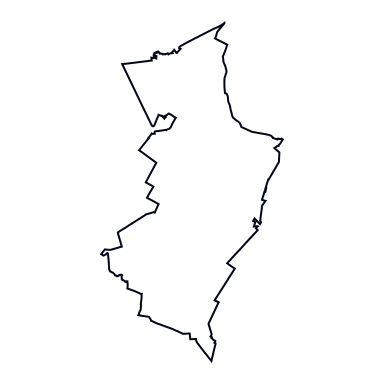 outline of San Nicolás Buenos Aires, Puebla, Mexico
{"feature_id": "50627088B47100083140695", "entity_name": "San Nicolás Buenos Aires", "entity_type": "district", "adm_level": 2, "iso_a3": "MEX", "parent_name": "Mexico", "parent_adm1": "Puebla", "projection": "natural_earth1", "projection_center": [-97.501, 19.221], "detail": "fine", "context": "isolated", "style": "outline", "palette": "ink", "viewbox_px": 384, "rotation_deg": 0, "n_neighbors": 0, "source": "geoboundaries", "source_scale": "gbopen_adm2", "svg_char_len": 5782}
<svg xmlns="http://www.w3.org/2000/svg" viewBox="0 0 384 384"><path d="M211.4,361.0L212.4,356.7L212.7,355.9L212.8,355.4L213.2,353.5L214.6,347.5L215.2,345.5L215.4,344.6L215.5,344.1L215.5,343.6L215.3,343.6L214.4,342.8L214.7,342.2L215.3,341.0L213.3,339.7L211.5,338.1L211.9,337.3L210.5,336.5L211.7,334.5L208.5,323.8L217.6,304.4L218.1,303.3L218.7,302.3L214.6,300.3L226.7,281.4L228.1,279.1L232.4,272.4L234.8,268.6L230.9,266.0L227.2,263.3L228.9,261.3L231.3,258.8L231.9,258.0L233.4,256.5L233.9,255.9L234.4,255.4L236.7,252.9L238.4,251.0L238.9,250.6L246.4,242.3L248.6,239.9L248.6,240.0L252.7,235.5L253.4,234.8L255.8,232.2L257.7,230.1L256.0,228.3L257.9,226.3L257.7,226.2L254.9,226.4L253.9,226.5L255.3,222.1L253.1,221.0L254.6,218.5L260.0,224.1L261.1,222.3L260.2,220.7L260.3,220.2L260.3,219.9L261.6,209.8L261.8,208.8L261.8,208.1L261.9,207.6L261.9,206.7L262.1,205.8L262.0,205.7L262.6,204.9L265.5,200.9L262.0,199.8L262.5,198.1L263.2,196.1L263.4,195.6L263.5,195.2L263.6,194.9L263.7,194.3L264.0,193.1L264.3,192.1L264.5,191.6L264.8,191.8L265.2,192.0L265.3,191.7L265.5,191.4L265.5,191.0L265.6,190.8L265.4,190.3L265.4,190.0L265.2,189.5L265.4,188.9L265.9,189.2L266.0,188.9L265.6,188.7L266.1,187.9L265.7,187.7L265.9,187.1L266.5,185.3L266.6,184.7L266.9,183.8L268.2,179.7L268.4,179.8L268.5,179.8L277.1,165.1L277.4,164.6L278.9,162.0L279.1,158.3L279.3,154.2L279.4,153.9L279.3,153.3L279.3,152.9L279.4,152.4L276.1,149.6L274.4,148.0L276.1,147.0L277.1,146.1L278.6,145.9L278.6,145.2L280.2,143.6L282.8,139.5L281.6,138.5L280.6,139.1L280.1,139.0L279.7,138.9L279.2,139.0L278.6,138.6L277.7,138.7L277.4,138.9L277.3,139.4L272.9,138.0L272.8,137.3L272.1,136.9L271.5,136.0L270.6,135.6L269.6,135.2L268.6,134.9L267.7,134.7L266.5,134.4L251.9,131.8L241.4,127.0L240.9,125.7L240.4,124.3L239.7,123.0L238.6,121.9L236.5,120.5L232.9,117.5L232.1,115.6L231.8,113.9L231.2,111.9L230.7,110.0L230.5,108.6L229.7,104.9L228.6,102.6L228.2,100.9L227.8,96.4L226.9,94.1L226.3,93.5L225.1,93.3L224.9,92.4L224.4,86.5L224.4,80.5L224.5,78.2L226.4,72.3L226.5,71.1L226.2,69.7L225.9,68.3L225.3,66.2L224.6,64.7L223.8,62.9L223.4,61.3L223.2,58.6L222.8,56.4L223.6,54.8L224.7,52.0L225.8,49.2L226.4,47.3L226.8,45.8L227.3,44.7L214.9,38.4L215.8,36.9L216.5,34.5L216.9,33.0L217.2,32.0L217.7,31.3L218.6,30.2L219.9,28.7L221.1,27.3L221.7,26.5L223.0,25.1L224.3,23.3L224.3,23.0L222.3,24.6L220.1,25.9L217.8,27.2L217.7,27.2L215.3,28.1L214.1,28.7L213.7,28.8L201.0,35.3L196.6,37.6L194.6,38.5L191.5,40.2L189.1,41.4L184.7,43.8L180.7,46.0L179.3,47.1L179.1,48.1L180.5,48.9L176.7,53.0L176.3,52.8L175.0,50.8L174.2,49.7L172.2,52.2L172.6,53.1L170.3,53.3L168.4,54.4L167.7,53.3L165.5,54.3L165.4,54.0L162.8,54.4L162.5,53.8L162.0,53.7L159.7,53.7L159.6,52.8L158.1,51.5L156.6,52.0L157.1,52.7L156.7,52.9L154.6,52.9L154.6,54.1L154.2,54.1L153.9,54.2L153.8,54.3L153.7,55.6L156.4,56.0L156.3,58.5L155.4,58.2L154.9,57.5L153.7,57.5L153.2,58.1L151.4,57.7L151.7,60.6L150.3,60.7L149.0,60.9L127.9,63.5L122.2,64.1L127.6,75.3L142.2,105.8L146.2,113.9L150.8,123.5L151.1,124.2L152.0,125.6L152.4,126.1L152.7,126.2L153.0,126.3L153.4,126.2L153.6,126.1L153.9,125.9L154.2,125.7L154.6,124.7L157.0,118.7L157.8,117.0L158.2,115.9L158.5,114.9L158.7,115.0L161.1,115.8L161.3,115.6L161.9,115.7L163.2,117.4L163.3,117.4L163.9,117.9L164.4,118.6L165.2,117.5L165.6,117.2L164.2,116.3L166.8,115.1L167.9,114.1L168.9,113.5L169.5,113.9L171.7,115.1L171.8,115.2L172.8,115.9L173.7,116.6L175.8,117.8L174.6,119.7L172.5,123.4L171.8,124.9L170.7,127.4L169.1,128.9L168.3,129.1L167.8,129.3L166.7,129.7L166.4,130.1L166.0,129.9L164.6,130.0L162.8,130.4L159.7,130.8L158.0,131.1L156.2,131.2L155.1,131.4L154.8,131.9L154.5,132.6L154.4,133.1L154.5,133.4L154.7,133.7L154.2,133.8L153.3,133.9L152.2,133.8L151.7,133.5L151.5,133.9L150.6,135.2L150.4,135.4L149.0,137.2L148.4,137.9L148.8,138.1L139.1,150.2L142.2,152.4L149.4,157.7L152.7,160.1L156.3,162.8L149.8,174.8L145.8,182.4L149.6,184.5L151.8,185.6L153.4,186.6L151.8,189.4L150.5,191.5L149.0,194.1L147.0,197.8L154.3,201.7L158.6,204.1L158.0,205.4L156.3,209.1L155.4,211.1L154.7,212.6L153.9,212.1L145.5,214.6L145.3,215.0L140.9,217.8L127.5,226.3L125.1,227.9L121.8,229.9L119.2,231.5L117.9,232.4L118.2,234.1L121.8,246.6L110.3,249.9L107.4,249.7L104.9,249.4L102.8,252.1L101.2,254.2L102.1,254.7L103.3,255.6L105.0,254.9L105.9,254.4L106.1,254.0L106.3,253.9L106.5,253.5L106.7,253.4L106.8,253.3L107.0,253.1L107.4,253.0L107.5,253.1L107.7,253.4L107.8,253.7L108.0,254.0L108.7,261.4L108.8,261.6L108.7,262.2L108.9,263.0L108.8,263.3L109.1,267.4L109.1,267.9L109.1,268.6L109.1,269.0L109.2,269.4L109.4,269.8L109.5,270.2L110.0,271.2L110.1,271.5L110.3,271.6L111.1,271.7L112.2,272.5L113.0,272.7L114.3,274.0L114.7,274.5L114.9,275.3L115.9,275.7L116.7,275.7L117.1,276.3L118.4,275.9L118.9,275.5L119.3,274.9L119.6,274.8L120.3,274.8L121.0,274.7L121.5,274.7L122.0,275.0L122.2,275.4L121.7,276.0L121.6,277.4L121.7,278.1L121.9,278.6L121.8,279.2L122.3,279.9L124.8,280.9L125.0,281.6L125.9,282.0L126.5,282.1L126.7,281.7L127.1,281.2L127.2,280.7L127.3,280.5L127.3,280.4L127.7,284.8L127.5,288.0L127.4,288.5L134.7,291.1L140.7,293.8L141.8,293.8L141.5,295.3L141.6,295.9L141.6,297.7L140.9,303.1L140.8,303.6L140.7,304.2L140.9,304.5L141.0,305.0L140.9,306.6L140.8,307.1L140.8,307.3L140.9,307.6L140.8,308.1L140.7,309.5L140.6,309.8L140.5,310.2L140.2,310.8L140.0,311.0L139.7,311.8L139.4,312.2L139.0,313.5L139.0,314.0L138.9,314.2L138.3,315.1L138.7,315.3L140.3,315.5L143.3,316.0L148.8,316.8L149.0,316.9L149.1,317.1L150.7,319.5L150.8,319.7L150.9,320.2L151.0,320.6L156.5,323.2L157.6,323.7L159.3,324.2L165.0,326.3L171.7,328.7L173.1,329.3L175.7,330.5L178.3,331.6L183.0,333.8L189.7,333.5L190.0,336.2L190.1,337.2L190.1,337.7L190.2,338.8L190.3,339.2L196.0,339.0L196.2,341.0L197.5,343.2L198.9,345.0L204.1,351.8L205.9,354.0L206.5,354.7L207.1,355.5L207.7,356.2L209.3,358.4L210.3,359.5L210.8,360.2L211.4,361.0Z" fill="none" stroke="#020617" stroke-width="2"/></svg>